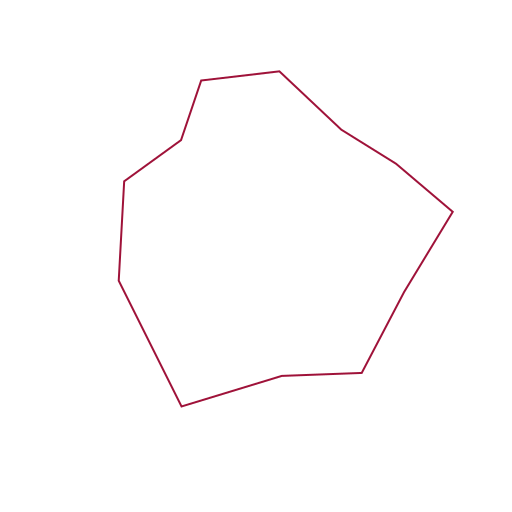 the Urban county of Békéscsaba, rotated 221°
{"feature_id": "HUN-4919", "entity_name": "Békéscsaba", "entity_type": "Urban county", "adm_level": 1, "iso_a3": "HUN", "parent_name": "Hungary", "parent_adm1": "", "projection": "equal_earth", "projection_center": [21.092, 46.759], "detail": "fine", "context": "isolated", "style": "outline", "palette": "rose", "viewbox_px": 512, "rotation_deg": 221, "n_neighbors": 0, "source": "natural_earth", "source_scale": "10m", "svg_char_len": 319}
<svg xmlns="http://www.w3.org/2000/svg" viewBox="0 0 512 512"><g transform="rotate(221 256 256)"><path d="M213.5,93.6L343.4,147.3L404.5,225.9L388.6,294.3L412.5,352.5L359.5,410.7L274.5,407.3L210.8,417.5L136.5,418.4L120.6,326.0L99.5,237.1L157.9,182.4L213.5,93.6Z" fill="none" stroke="#9f1239" stroke-width="2"/></g></svg>